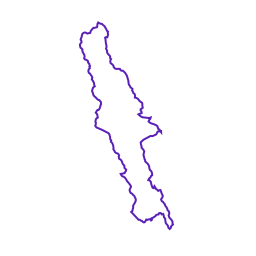 Blumenau, Santa Catarina, Brazil (Equal Earth projection), rotated 159°
{"feature_id": "56859067B88872215704805", "entity_name": "Blumenau", "entity_type": "district", "adm_level": 2, "iso_a3": "BRA", "parent_name": "Brazil", "parent_adm1": "Santa Catarina", "projection": "equal_earth", "projection_center": [-49.103, -26.874], "detail": "fine", "context": "isolated", "style": "outline", "palette": "violet", "viewbox_px": 256, "rotation_deg": 159, "n_neighbors": 0, "source": "geoboundaries", "source_scale": "gbopen_adm2", "svg_char_len": 4463}
<svg xmlns="http://www.w3.org/2000/svg" viewBox="0 0 256 256"><g transform="rotate(159 128 128)"><path d="M99.1,113.6L99.1,115.2L100.1,116.4L100.0,117.8L99.9,119.2L100.9,120.7L101.9,121.7L103.0,122.7L104.6,123.9L105.8,125.4L106.5,126.6L105.7,127.6L104.8,128.2L103.9,128.6L103.1,129.7L104.5,129.7L105.5,130.1L106.8,130.8L107.8,131.4L108.9,131.9L110.4,132.7L111.6,133.8L112.7,135.6L113.4,137.0L112.3,137.1L111.2,137.1L109.8,137.1L109.5,138.7L110.0,139.7L109.5,141.0L108.2,141.2L107.0,141.6L106.6,143.8L106.0,145.2L105.9,146.6L106.8,147.8L107.7,149.5L108.2,151.5L109.3,153.0L110.7,154.0L109.7,155.9L109.7,157.6L110.5,158.6L110.4,159.9L110.7,161.7L109.8,162.8L110.3,163.8L111.1,165.1L111.2,166.7L111.6,168.2L111.3,170.1L110.7,172.0L110.6,173.9L110.4,175.5L110.3,177.2L110.6,178.8L110.9,180.6L111.6,182.0L112.3,183.4L113.3,183.7L114.2,184.5L114.4,186.1L116.3,186.9L117.7,187.3L118.8,188.2L119.5,189.8L119.3,191.4L119.9,193.1L121.0,194.8L120.7,196.5L120.1,197.6L119.1,198.4L119.6,199.5L119.0,201.4L119.5,202.8L120.0,203.8L120.3,205.0L120.4,206.2L119.8,207.7L120.1,209.9L119.2,211.0L118.5,212.9L118.3,214.9L117.6,217.6L117.2,218.9L117.0,220.5L115.8,220.7L114.8,220.1L113.8,221.4L113.1,222.5L112.8,224.2L112.1,225.2L112.8,226.3L112.9,228.3L113.2,229.8L113.4,231.5L114.3,232.9L115.0,234.5L116.3,235.2L117.1,236.0L118.0,237.2L119.3,236.0L120.0,234.4L120.9,233.2L122.2,233.4L123.4,233.5L124.4,233.9L125.8,233.2L126.9,232.6L128.1,231.8L129.2,230.3L130.6,230.6L132.1,230.7L133.1,232.0L134.2,232.7L135.5,232.7L136.9,232.2L137.8,231.0L138.4,230.0L139.1,229.2L139.8,228.4L140.6,227.4L140.3,226.0L140.7,224.6L142.0,223.9L143.0,223.1L143.5,221.3L143.5,219.8L142.8,218.9L142.4,217.6L143.0,216.5L143.0,214.9L142.8,213.2L142.6,211.6L143.0,210.0L144.0,208.8L143.6,207.4L142.4,206.5L141.4,204.9L141.8,203.3L141.2,202.0L141.4,200.9L141.2,199.5L142.1,199.0L142.1,197.6L143.6,196.8L144.6,195.5L144.8,193.5L144.0,192.5L143.8,191.2L143.4,189.9L143.2,187.9L144.4,186.4L144.0,185.2L143.8,184.0L143.6,182.3L144.1,180.6L144.1,178.8L145.7,178.5L146.8,177.5L147.7,176.3L148.4,175.0L148.2,173.2L148.5,171.3L148.0,169.5L147.2,168.2L146.5,166.3L145.7,165.0L144.8,164.3L144.0,162.1L144.5,160.0L145.4,159.2L146.2,158.0L147.2,156.8L148.0,156.0L148.9,155.4L150.0,155.8L151.4,154.8L152.6,153.9L151.9,152.0L152.2,150.0L152.5,148.5L154.0,148.3L155.2,147.2L156.2,145.5L156.1,144.3L156.8,143.0L157.8,141.7L157.3,139.9L153.1,135.8L152.4,135.0L148.6,130.8L147.7,129.5L147.8,127.9L147.9,126.2L148.6,123.9L148.1,122.5L148.9,121.3L148.2,119.9L148.1,118.6L148.1,117.0L148.4,115.7L148.7,114.4L149.3,113.3L148.9,111.7L148.7,110.0L148.0,108.8L147.1,108.2L146.3,107.2L146.2,105.4L147.0,104.5L147.3,102.4L146.2,101.2L145.8,99.8L145.7,98.0L145.8,96.5L145.4,95.3L144.9,94.2L145.6,92.1L144.6,89.8L145.3,88.7L146.1,88.2L147.4,87.1L148.8,87.3L150.0,87.5L151.3,87.7L151.1,86.4L150.7,85.0L149.6,84.2L148.7,82.8L148.2,80.8L147.9,78.7L147.0,76.3L146.4,74.1L146.1,72.3L146.9,71.4L147.6,70.8L148.7,69.7L149.0,68.0L148.9,66.7L147.7,65.1L147.1,63.4L146.4,62.2L146.4,60.2L146.2,58.9L146.9,57.2L148.0,56.1L149.4,54.9L150.6,54.1L151.4,52.9L151.7,51.7L152.8,50.4L153.5,49.0L155.1,48.5L151.0,38.5L149.9,38.1L149.2,36.9L148.2,36.1L147.8,35.1L146.9,34.1L145.8,34.3L144.6,35.2L143.7,36.0L142.6,35.2L141.4,35.3L140.2,35.0L139.6,33.4L138.5,33.8L138.3,35.3L136.8,35.3L135.3,35.6L134.0,35.9L132.9,36.7L131.7,36.7L130.6,36.3L129.3,37.4L128.0,36.9L127.4,35.2L126.0,35.2L126.0,33.6L126.4,31.8L125.8,30.1L126.3,28.1L126.8,26.0L126.4,24.3L125.8,22.6L126.0,20.3L125.3,18.8L123.9,19.4L123.0,20.7L121.7,21.4L120.6,21.8L120.6,23.2L120.0,24.6L120.2,26.2L120.8,27.9L121.5,29.6L121.4,31.8L120.4,32.9L119.8,34.4L119.8,35.9L120.5,37.0L120.3,39.0L120.6,40.6L121.0,41.8L121.0,43.9L121.5,45.0L121.7,46.3L122.7,47.7L122.7,49.5L121.9,50.2L120.8,50.9L119.8,52.2L120.0,54.4L120.0,55.9L119.9,57.2L120.0,58.5L121.0,58.7L122.3,58.4L122.9,59.9L123.7,60.9L123.8,62.6L124.2,64.2L125.5,62.6L126.4,63.3L126.5,65.0L126.4,67.2L126.0,69.6L126.6,71.4L127.7,72.0L126.6,73.2L124.8,73.8L123.6,75.0L122.4,75.2L122.0,76.3L121.7,77.6L121.8,79.6L122.6,81.0L122.4,83.1L122.0,84.7L122.1,86.2L122.5,87.8L123.3,89.3L123.9,90.7L123.5,92.0L123.7,93.2L123.4,95.1L123.3,97.0L122.4,98.7L121.3,100.2L121.3,101.6L121.7,103.0L122.4,104.7L121.9,106.3L121.7,108.5L121.3,110.1L117.7,111.5L109.8,112.5L108.9,112.0L107.6,111.6L105.8,111.8L103.9,111.9L102.6,113.1L101.6,114.0L100.5,113.7L99.1,113.6ZM99.1,113.6L98.6,112.1L98.2,113.3L99.1,113.6Z" fill="none" stroke="#5b21b6" stroke-width="2"/></g></svg>